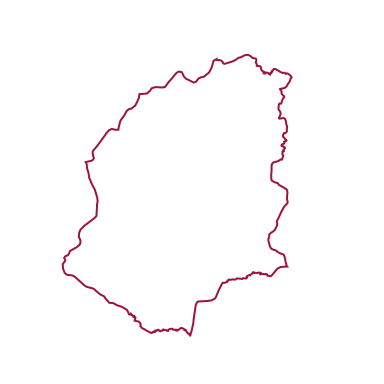 Saravane, Saravan, Laos (orthographic projection), rotated 284°
{"feature_id": "54806243B98474683656009", "entity_name": "Saravane", "entity_type": "district", "adm_level": 2, "iso_a3": "LAO", "parent_name": "Laos", "parent_adm1": "Saravan", "projection": "orthographic", "projection_center": [106.381, 15.692], "detail": "fine", "context": "isolated", "style": "outline", "palette": "rose", "viewbox_px": 384, "rotation_deg": 284, "n_neighbors": 0, "source": "geoboundaries", "source_scale": "gbopen_adm2", "svg_char_len": 5974}
<svg xmlns="http://www.w3.org/2000/svg" viewBox="0 0 384 384"><g transform="rotate(284 192 192)"><path d="M282.9,127.8L280.1,126.8L276.7,124.5L274.2,117.3L270.8,117.7L266.2,117.0L261.9,115.9L258.2,113.0L257.2,110.8L255.0,109.1L249.9,107.7L243.9,105.3L237.2,105.2L234.6,105.5L233.8,102.2L233.9,98.9L231.6,96.4L228.0,94.5L226.3,94.0L212.9,88.5L209.1,86.5L207.4,85.9L206.2,86.1L203.5,87.1L201.2,88.6L199.7,88.4L198.4,87.3L197.8,86.5L195.3,81.6L194.1,82.7L193.0,83.3L189.5,84.5L186.0,86.7L180.4,89.1L178.8,90.6L177.6,91.2L175.6,92.8L170.7,97.2L163.7,101.4L160.3,102.6L158.7,102.8L157.3,102.8L151.4,104.0L145.6,105.1L142.6,103.3L133.7,96.1L131.0,94.4L128.1,92.8L125.0,92.4L120.9,93.1L119.3,94.6L117.3,95.7L116.4,95.9L114.0,95.9L111.8,94.5L110.7,93.6L105.1,87.8L102.7,87.6L100.7,87.0L99.5,85.2L98.8,84.5L97.4,84.0L96.9,84.0L96.0,84.9L95.3,85.5L94.6,85.6L90.7,84.0L87.4,85.1L86.0,85.7L83.1,87.8L81.8,89.5L81.4,91.3L82.1,95.7L81.7,98.0L81.0,99.6L75.8,109.3L75.1,110.9L74.6,112.4L74.5,113.9L74.5,117.9L74.4,119.1L74.1,120.2L73.7,121.4L73.0,122.4L70.4,127.8L69.5,131.9L69.3,132.4L68.3,133.0L64.5,138.5L65.1,142.1L64.8,144.0L64.0,146.1L63.7,151.4L61.9,157.3L60.1,159.1L59.7,159.2L59.2,159.7L58.1,160.4L58.2,161.9L58.9,162.1L57.9,162.9L57.9,163.1L58.3,163.3L57.6,164.3L57.7,165.9L57.4,166.0L56.8,165.3L56.5,165.4L56.4,165.6L56.6,166.4L56.9,166.8L56.8,167.3L56.3,167.6L55.6,167.6L53.3,167.5L53.4,168.4L53.2,169.2L53.4,170.8L53.3,171.9L52.6,173.0L51.2,174.3L49.4,174.3L49.2,174.4L49.0,175.0L48.1,176.1L47.6,177.4L47.2,179.6L46.6,181.1L45.8,184.5L45.4,186.4L45.4,186.8L45.9,187.2L46.0,187.7L46.6,187.7L47.0,188.1L47.2,188.3L47.0,189.4L47.1,189.8L48.7,189.9L48.6,190.8L48.7,191.2L49.1,191.5L49.7,191.6L50.2,192.6L50.1,193.1L49.5,193.6L49.3,195.1L50.2,195.9L50.3,196.8L50.8,196.9L51.0,197.3L51.7,197.5L51.5,198.5L51.7,200.2L51.3,201.8L51.4,202.4L52.7,202.4L54.1,204.4L54.4,205.1L54.5,206.2L53.9,206.8L53.9,208.1L54.6,209.7L54.3,210.0L53.7,210.2L53.7,210.5L54.2,211.6L54.9,211.7L55.3,212.6L57.0,213.7L57.6,215.2L57.0,217.5L56.4,217.7L56.1,218.1L56.2,218.5L56.7,218.8L56.4,219.7L55.5,220.1L54.6,221.1L54.4,221.6L53.8,222.0L53.7,223.2L53.9,224.0L53.6,224.1L53.2,223.9L52.5,224.3L52.3,224.6L52.3,225.0L57.5,225.2L65.0,225.0L69.0,224.4L82.8,223.0L85.9,223.4L87.2,224.4L90.0,233.4L91.6,237.2L94.3,240.1L95.5,240.5L104.1,241.9L109.0,243.0L111.4,243.8L111.7,245.4L113.1,247.7L114.0,247.7L114.6,248.5L115.5,248.5L115.9,248.8L116.1,250.7L116.7,251.6L117.1,252.7L117.3,254.7L117.9,255.7L118.9,256.3L119.0,257.3L119.4,258.3L119.7,261.3L120.0,262.0L120.8,262.5L120.7,263.3L121.2,264.6L121.1,265.3L122.2,266.1L122.5,266.0L123.1,265.6L123.6,265.7L125.3,267.7L125.2,268.6L126.3,269.1L127.6,270.3L128.8,270.6L129.1,270.9L129.0,271.2L128.4,271.6L128.4,272.0L129.0,273.0L129.0,274.8L129.9,276.0L130.2,277.3L130.2,277.6L128.8,277.9L128.6,278.1L128.8,278.5L129.8,279.0L129.3,280.2L129.7,281.2L129.7,282.5L130.2,282.9L130.3,283.2L130.2,284.8L129.3,285.1L129.1,285.4L129.4,288.5L129.9,289.3L137.9,293.2L138.7,293.9L140.7,296.2L142.7,302.4L143.4,301.6L145.6,300.5L146.9,299.6L149.7,298.6L150.7,297.8L151.6,297.5L152.5,296.9L153.3,296.0L153.7,295.1L153.7,293.0L154.6,289.4L155.4,288.2L155.6,287.4L155.8,284.3L156.1,282.9L156.7,282.0L158.2,280.7L162.8,278.1L164.1,277.7L165.1,277.5L167.3,277.7L169.2,277.3L170.1,277.6L171.4,278.4L172.9,279.9L175.3,281.6L179.3,282.5L181.0,282.5L182.1,282.4L183.4,281.6L184.1,281.4L185.4,281.6L188.1,282.3L195.3,283.6L196.2,284.1L197.8,284.3L200.2,285.0L204.2,287.3L204.9,287.3L206.0,287.0L207.9,286.0L209.8,285.5L214.7,284.7L216.2,284.1L217.0,283.6L217.7,282.5L218.9,278.7L219.3,276.6L219.7,275.8L219.8,274.8L220.6,274.0L221.3,272.9L221.5,269.9L222.1,267.3L222.7,266.4L223.3,266.0L227.8,264.7L231.3,264.2L237.0,262.8L238.4,262.9L239.4,263.2L240.5,263.9L241.3,265.6L243.0,268.4L245.0,270.0L245.2,270.6L245.0,271.2L245.1,271.4L245.4,271.5L249.2,271.8L249.8,271.4L250.1,270.8L250.4,270.6L252.9,270.1L253.3,270.3L253.4,270.9L253.7,271.3L253.9,271.2L254.1,270.5L254.3,270.4L255.2,270.6L256.6,271.5L257.1,271.6L257.9,271.1L257.9,270.1L258.4,269.3L258.2,268.2L258.3,267.9L259.0,267.5L259.7,267.7L260.3,268.1L261.0,269.3L261.5,269.8L262.2,269.8L262.9,269.2L263.2,269.2L264.1,270.8L264.6,271.2L264.9,271.2L265.4,270.7L265.7,269.6L266.8,268.6L267.7,267.0L268.9,266.5L271.4,267.0L271.6,268.2L273.4,269.4L273.8,269.4L276.3,268.7L277.9,268.6L279.1,268.1L280.5,267.1L282.8,266.3L284.1,265.5L285.5,264.5L285.8,263.9L285.9,263.0L284.4,259.3L284.5,258.6L285.1,258.4L287.7,259.0L289.1,259.1L290.2,258.7L291.3,258.1L293.1,256.1L294.0,255.6L297.4,255.2L299.0,255.4L299.2,256.9L299.9,257.2L303.3,257.4L305.0,257.8L306.4,258.5L307.1,258.2L308.8,255.3L312.1,254.1L312.8,252.7L313.2,252.5L314.0,253.8L315.1,256.3L316.0,257.3L317.4,258.3L320.4,259.0L321.9,259.7L323.9,260.3L326.0,260.2L326.4,260.7L327.2,261.0L328.4,259.9L329.8,257.3L330.1,255.9L330.0,255.2L329.3,254.5L329.5,254.0L330.0,253.4L330.1,252.8L329.4,251.1L330.0,248.3L330.7,246.3L331.5,243.0L331.1,241.5L330.7,241.5L330.2,241.2L329.5,241.2L328.7,240.3L328.2,240.5L328.0,240.2L327.2,240.3L326.9,239.8L326.5,240.0L326.2,239.5L324.9,239.5L325.1,238.2L325.7,237.8L325.6,237.4L325.9,236.9L326.0,236.4L325.8,235.9L325.9,235.3L325.6,234.7L325.8,233.7L325.6,233.7L325.3,233.9L324.7,233.9L325.0,233.3L324.7,232.8L325.4,232.7L325.5,232.4L326.0,232.2L326.9,230.2L327.3,229.7L330.3,228.3L330.5,227.9L330.1,224.3L331.6,224.0L333.2,222.5L335.1,222.6L336.3,222.2L336.8,221.8L336.9,221.3L336.7,218.5L337.0,217.8L337.9,216.1L338.3,215.0L338.6,213.5L338.3,212.0L337.4,210.0L334.8,207.1L333.3,204.4L330.6,202.3L328.2,199.2L324.4,193.0L324.2,192.2L324.5,191.1L325.7,190.1L326.5,188.7L326.7,187.3L326.1,184.7L326.3,183.8L326.9,183.7L324.5,181.2L317.9,181.0L312.1,179.7L306.5,175.4L305.4,172.7L303.4,170.7L299.9,169.2L298.6,167.1L299.9,161.6L300.4,158.9L302.1,156.2L305.8,153.2L305.8,151.4L305.5,149.8L303.7,148.1L301.2,146.8L296.0,144.4L293.8,143.1L287.4,140.4L286.3,138.3L285.0,131.4L284.1,129.6L282.9,127.8Z" fill="none" stroke="#9f1239" stroke-width="2"/></g></svg>